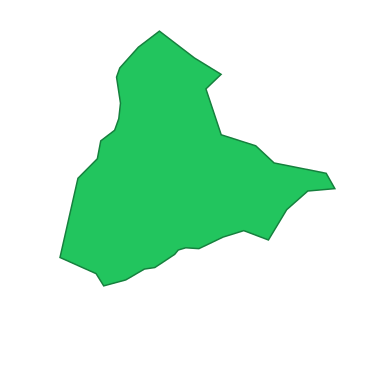 the border of Malpils, rotated 119°
{"feature_id": "LVA-5770", "entity_name": "Malpils", "entity_type": "Municipality", "adm_level": 1, "iso_a3": "LVA", "parent_name": "Latvia", "parent_adm1": "", "projection": "orthographic", "projection_center": [24.967, 57.013], "detail": "fine", "context": "isolated", "style": "filled", "palette": "green", "viewbox_px": 384, "rotation_deg": 119, "n_neighbors": 0, "source": "natural_earth", "source_scale": "10m", "svg_char_len": 571}
<svg xmlns="http://www.w3.org/2000/svg" viewBox="0 0 384 384"><g transform="rotate(119 192 192)"><path d="M196.9,101.9L200.7,128.0L216.4,143.0L238.2,158.5L243.8,170.4L249.4,175.9L254.9,176.9L276.1,187.9L282.5,196.3L301.0,207.3L316.9,223.7L309.9,236.3L313.3,275.7L235.3,298.4L208.8,290.9L191.5,296.6L175.5,289.6L163.3,291.6L149.0,297.6L128.1,313.7L118.5,315.3L91.3,309.1L67.1,298.5L73.6,254.9L75.0,223.6L95.1,229.8L127.8,194.2L120.7,158.6L126.8,134.3L110.6,83.7L119.8,68.7L135.0,91.2L161.5,100.6L196.9,101.9Z" fill="#22c55e" stroke="#15803d" stroke-width="1.5"/></g></svg>